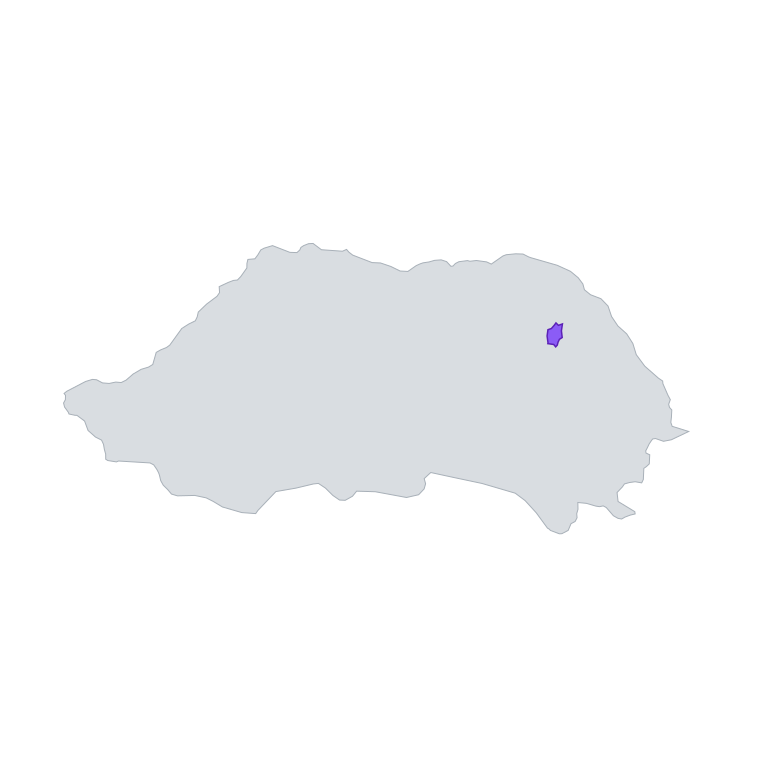 Hungary, with Kaposvár highlighted, rotated 195°
{"feature_id": "HUN-4912", "entity_name": "Kaposvár", "entity_type": "Urban county", "adm_level": 1, "iso_a3": "HUN", "parent_name": "Hungary", "parent_adm1": "", "projection": "natural_earth1", "projection_center": [17.786, 46.351], "detail": "fine", "context": "in_parent", "style": "filled", "palette": "violet", "viewbox_px": 768, "rotation_deg": 195, "n_neighbors": 0, "source": "natural_earth", "source_scale": "10m", "svg_char_len": 2998}
<svg xmlns="http://www.w3.org/2000/svg" viewBox="0 0 768 768"><g transform="rotate(195 384 384)"><path d="M622.3,239.5L630.9,238.6L631.3,238.7L633.3,239.3L634.8,244.6L635.1,244.9L637.2,248.5L639.3,253.1L642.3,256.7L649.0,258.1L657.8,262.5L663.6,270.7L672.1,274.1L672.7,274.2L674.4,273.8L680.5,273.5L681.7,275.1L686.6,279.1L688.6,282.7L687.7,286.4L688.7,290.6L690.6,292.1L688.4,295.0L672.9,309.2L666.8,313.0L662.7,313.7L656.2,312.2L649.6,313.4L643.7,316.4L638.2,317.4L634.1,321.0L628.9,328.7L622.4,335.3L615.8,339.4L612.4,343.0L612.2,355.6L608.5,359.2L603.6,362.9L601.0,366.1L593.7,385.3L588.0,391.5L582.6,396.2L581.8,400.5L582.0,405.4L576.0,415.3L568.0,425.5L566.5,429.7L568.4,435.4L560.6,441.9L556.2,445.1L552.5,446.5L550.2,450.6L546.5,460.6L547.6,465.0L547.7,469.1L541.1,471.5L539.3,476.0L537.7,481.6L534.9,484.2L527.5,488.8L509.0,486.8L502.1,488.4L500.0,491.7L499.6,494.4L497.4,496.9L493.2,500.0L488.9,501.4L479.2,497.5L458.5,501.5L455.0,504.3L452.1,502.3L447.6,500.4L426.9,498.2L418.7,500.0L407.8,499.3L397.7,497.3L390.1,498.9L383.5,506.7L380.2,509.4L377.7,511.1L372.0,513.6L367.2,516.5L360.9,518.7L355.2,518.4L349.8,515.0L347.9,515.8L346.2,518.9L343.3,521.5L335.3,524.8L333.3,524.8L332.8,524.8L326.7,527.2L316.5,528.5L311.4,527.6L302.2,538.5L299.4,540.5L290.6,543.8L283.4,545.5L277.2,544.2L274.8,544.0L247.4,543.5L233.1,541.1L223.9,536.9L217.8,532.1L214.8,526.9L207.7,523.7L196.5,522.5L187.8,517.3L181.6,508.0L173.1,500.6L162.5,495.2L154.1,487.5L147.9,477.6L136.7,468.7L120.5,460.7L115.6,459.0L114.7,456.5L106.8,446.6L103.4,443.0L103.8,438.1L102.2,435.3L99.3,433.4L97.8,426.4L97.0,421.1L94.7,417.7L77.4,417.0L92.0,404.5L99.2,401.0L107.6,401.6L110.2,400.5L111.0,398.7L112.4,394.6L113.1,390.7L113.9,387.1L113.0,385.1L109.0,384.4L107.1,375.5L109.2,372.1L111.2,369.8L108.8,358.9L109.5,355.2L116.1,354.6L121.5,352.3L125.9,349.7L127.1,346.3L130.8,339.5L127.5,331.1L108.7,325.6L107.8,323.5L112.2,321.1L116.8,317.8L119.5,315.1L123.2,314.8L128.3,316.1L137.3,322.2L140.7,323.0L144.1,321.3L147.7,320.9L157.7,321.1L166.1,319.7L164.2,313.2L164.3,308.6L162.9,304.8L163.8,300.7L167.2,297.5L168.2,290.3L173.5,285.4L176.0,284.7L185.2,285.6L187.4,286.8L188.8,287.1L203.6,299.0L217.5,307.9L229.0,312.5L245.8,312.9L263.6,313.3L293.5,311.7L315.9,310.6L317.4,308.3L320.7,303.0L318.0,298.4L318.1,293.0L321.9,286.0L332.9,280.2L364.5,277.7L382.7,273.4L385.4,267.4L391.4,261.6L396.9,260.4L404.5,263.1L413.6,268.3L421.6,271.0L426.3,269.2L442.2,260.6L460.6,252.1L473.1,229.2L474.4,225.6L488.1,223.0L508.2,223.4L518.6,226.4L526.3,228.0L537.9,227.4L554.6,222.5L560.8,222.7L565.7,226.1L571.0,229.1L574.6,232.8L577.4,238.0L578.8,240.0L581.2,242.6L585.5,246.3L589.6,247.2L620.5,240.9L622.3,239.5Z" fill="#d9dde1" stroke="#a8b0b8" stroke-width="1"/><path d="M227.8,464.3L230.3,466.1L236.2,465.4L236.2,466.1L238.9,472.6L239.7,478.9L236.7,480.9L234.8,484.7L233.7,487.5L230.7,485.8L227.2,488.2L226.4,481.3L223.9,475.0L226.1,472.6L226.7,469.5L226.7,466.4L227.8,464.3Z" fill="#8b5cf6" stroke="#5b21b6" stroke-width="1.5"/></g></svg>